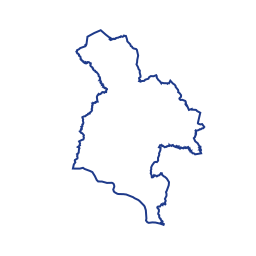 Plato, Magdalena, Colombia (Robinson projection), rotated 312°
{"feature_id": "7082276B24438345554060", "entity_name": "Plato", "entity_type": "district", "adm_level": 2, "iso_a3": "COL", "parent_name": "Colombia", "parent_adm1": "Magdalena", "projection": "robinson", "projection_center": [-74.591, 9.77], "detail": "fine", "context": "isolated", "style": "outline", "palette": "blue", "viewbox_px": 256, "rotation_deg": 312, "n_neighbors": 0, "source": "geoboundaries", "source_scale": "gbopen_adm2", "svg_char_len": 5849}
<svg xmlns="http://www.w3.org/2000/svg" viewBox="0 0 256 256"><g transform="rotate(312 128 128)"><path d="M79.8,219.2L80.6,218.9L80.5,217.5L80.0,215.8L81.7,216.0L81.7,214.4L81.9,213.4L82.4,212.9L82.2,212.1L82.7,210.7L84.1,209.6L84.2,208.2L84.7,207.6L86.8,206.7L88.1,205.4L88.2,203.6L88.7,202.8L89.8,202.9L91.0,204.3L93.7,203.9L93.9,205.3L95.5,204.7L96.1,206.8L96.4,206.8L97.6,205.2L99.1,204.8L100.0,202.9L103.3,202.0L104.8,200.7L105.8,199.1L107.0,198.9L112.7,196.6L115.2,194.7L116.4,190.6L116.4,188.1L116.0,186.8L116.1,184.6L117.0,183.4L116.5,182.8L115.8,183.5L115.6,182.8L113.9,182.9L112.8,182.1L111.9,182.1L111.2,181.6L111.3,180.9L110.9,179.9L110.4,179.6L110.2,180.1L110.3,178.9L109.7,179.0L109.4,179.6L107.9,179.4L107.3,178.7L108.7,177.1L109.6,175.1L110.7,174.7L111.7,173.3L112.8,173.0L114.2,171.6L116.4,170.9L120.1,170.5L121.2,171.1L122.0,172.3L123.9,172.2L126.0,170.2L126.8,170.0L126.7,169.5L126.9,169.9L129.0,169.2L129.8,168.1L133.0,167.0L134.7,165.8L135.0,165.5L134.4,163.9L136.8,163.4L137.3,164.8L137.6,164.7L137.5,165.1L137.8,165.1L137.8,165.7L138.1,165.8L138.3,168.2L139.1,168.5L139.7,169.2L140.6,169.2L141.0,169.7L141.5,169.8L142.2,170.6L142.8,170.2L142.7,170.6L143.3,170.8L143.8,172.3L144.3,172.1L145.4,172.7L145.1,174.1L145.6,175.7L145.9,175.6L146.0,176.3L146.9,176.2L146.8,176.7L147.2,176.5L147.5,177.0L147.3,177.2L147.6,177.4L147.2,177.9L147.5,178.0L147.1,178.2L147.5,178.5L147.1,178.7L147.4,180.3L148.6,180.3L148.4,180.8L149.2,181.0L149.7,182.4L150.5,182.5L150.4,183.0L151.3,183.2L151.5,183.8L152.0,183.5L152.2,184.7L152.6,184.7L153.0,185.4L153.4,185.2L153.5,185.7L154.1,185.7L153.9,186.6L153.2,186.9L153.3,187.8L152.9,187.8L152.7,188.3L153.1,188.5L152.8,189.1L153.2,188.9L152.8,189.6L153.0,189.8L152.7,189.8L152.9,190.7L152.4,192.9L153.0,193.5L153.4,194.6L153.3,195.5L158.0,199.2L158.2,198.5L158.6,198.5L159.3,196.5L159.8,197.2L160.3,197.1L160.5,196.4L160.2,196.0L160.6,196.1L160.5,194.9L160.9,194.5L161.3,194.7L161.3,194.3L161.6,194.5L161.6,194.2L162.3,194.1L162.1,193.8L162.4,193.6L162.3,192.9L163.3,190.0L163.1,186.9L164.5,183.7L166.2,183.8L166.6,183.4L167.6,183.3L167.8,182.9L169.0,182.7L169.3,182.4L169.1,181.9L169.6,181.5L170.2,181.6L170.9,180.8L171.1,180.0L171.6,179.9L171.9,180.8L173.7,181.9L175.2,182.2L175.6,182.9L177.3,183.3L178.2,184.1L179.8,184.0L180.5,180.4L179.3,179.6L178.6,178.4L178.2,176.9L178.6,176.5L187.7,171.5L186.8,168.0L187.0,166.7L186.8,166.2L184.3,163.1L184.8,162.6L182.2,161.2L184.1,157.0L183.7,156.9L184.0,155.2L184.5,155.3L184.9,154.3L185.3,154.4L186.3,153.0L186.4,152.4L185.3,149.5L184.0,148.3L183.9,147.2L184.4,146.4L186.7,146.5L187.9,145.5L188.4,143.1L188.2,141.3L188.9,141.0L189.8,139.7L190.4,135.9L191.0,135.4L191.4,133.7L191.1,131.5L191.5,127.8L188.7,128.6L188.1,127.8L187.4,127.7L187.5,127.2L185.3,124.7L184.1,122.5L183.5,122.7L184.1,120.2L184.0,118.4L184.7,115.6L185.8,114.6L186.1,113.6L183.6,112.4L181.8,110.2L179.8,109.7L178.3,110.2L175.5,108.5L173.9,108.5L172.0,106.7L170.9,106.4L170.3,104.9L171.8,104.6L171.9,103.5L172.5,102.8L174.3,103.1L175.1,102.5L176.9,99.7L178.6,98.3L178.9,96.4L179.9,94.8L181.0,91.7L182.6,91.0L184.8,89.3L188.6,87.1L192.0,82.3L192.1,81.2L190.8,78.8L190.7,77.6L191.1,76.5L190.8,75.2L191.7,73.7L191.9,69.6L193.3,67.8L195.0,64.8L194.1,63.8L194.0,63.2L192.9,63.3L191.9,62.7L191.7,61.7L191.3,61.3L190.4,61.4L190.0,60.8L188.4,60.2L187.9,59.6L186.4,58.7L185.8,59.0L185.0,58.4L184.7,57.6L184.0,57.4L183.4,56.0L182.7,56.1L182.5,56.6L181.8,56.3L181.6,55.0L183.1,54.2L182.8,53.4L182.5,49.0L182.4,42.3L176.1,39.4L168.7,36.8L162.6,41.0L162.1,41.2L162.1,40.9L161.2,40.7L160.2,41.6L155.4,39.0L153.8,38.9L151.8,38.1L151.5,38.4L150.4,38.5L150.4,39.1L149.8,39.4L149.5,40.5L150.0,41.4L149.6,42.2L149.7,42.6L148.9,43.2L149.2,44.8L148.0,46.4L147.6,46.5L147.7,47.0L147.3,47.6L147.6,47.9L147.2,48.9L147.6,49.8L147.5,50.5L147.2,50.7L147.5,51.3L147.2,51.9L147.4,52.6L147.8,52.8L147.9,53.6L148.6,53.7L148.9,53.1L149.3,54.2L150.1,54.0L150.7,54.8L150.9,56.2L150.7,56.6L151.1,57.1L150.7,57.5L149.4,58.0L149.0,59.0L149.2,61.1L148.8,61.5L148.9,62.2L148.4,62.4L148.1,63.6L148.2,64.7L148.6,65.3L148.0,66.4L148.5,67.1L148.0,70.4L146.9,71.5L147.0,72.7L146.3,74.0L145.4,74.3L145.2,75.0L144.5,75.0L144.9,75.5L144.5,76.1L144.5,76.7L143.4,77.0L143.2,77.5L143.1,78.3L143.5,78.5L143.2,79.3L143.4,79.8L143.1,79.9L143.3,80.0L142.9,80.4L143.1,80.8L142.8,80.9L142.7,81.7L142.1,81.9L142.4,82.2L141.9,82.8L142.4,83.7L142.1,84.1L142.3,84.4L142.8,84.8L142.7,85.9L142.9,86.2L142.7,86.5L141.6,86.5L140.2,87.6L139.9,87.1L139.6,87.3L139.0,86.7L138.3,86.7L138.1,85.5L137.6,85.0L136.9,84.8L135.9,85.1L135.0,84.6L134.6,84.7L133.5,84.0L133.6,83.4L132.9,83.4L132.3,83.7L131.7,83.5L130.2,84.1L127.7,87.0L127.3,87.8L125.9,86.6L125.5,87.0L124.8,86.9L124.6,86.3L123.7,86.0L123.4,85.4L123.1,85.7L122.4,85.1L122.2,85.8L120.9,86.2L120.9,86.6L119.6,87.1L119.1,87.9L117.7,88.3L117.3,89.3L116.0,89.7L113.9,89.4L113.5,89.7L113.3,89.4L112.8,89.7L111.8,88.8L110.8,89.1L109.7,88.4L108.3,88.5L107.5,87.7L105.6,86.8L105.2,87.1L104.4,88.9L103.3,89.5L102.0,91.4L100.6,92.0L100.0,91.7L98.8,92.9L97.7,92.5L97.5,93.2L96.8,93.5L96.9,93.9L96.3,94.3L96.0,94.0L95.6,94.3L95.3,94.0L94.0,94.8L93.3,94.5L93.0,96.5L93.5,97.5L93.1,100.1L91.8,100.7L91.2,101.8L89.6,102.5L88.0,101.6L85.3,100.6L84.6,102.6L83.3,103.2L83.0,103.9L80.3,103.4L80.7,105.0L80.3,105.6L79.5,105.7L76.6,107.9L74.5,107.6L74.4,108.4L73.0,109.0L72.6,110.0L71.5,110.8L68.7,110.0L68.0,110.4L67.3,111.8L64.7,112.1L61.0,114.2L65.6,119.4L68.3,121.2L68.5,123.1L70.6,128.4L71.4,131.0L70.1,135.5L68.4,139.6L68.3,141.6L70.8,144.5L73.1,149.1L76.5,152.7L76.8,153.5L76.8,154.8L76.1,156.1L75.2,157.1L72.4,158.2L71.4,159.9L71.3,160.9L71.9,163.8L72.4,164.9L75.8,168.9L77.4,171.2L80.0,178.1L80.2,179.8L81.4,183.8L81.5,185.6L81.1,191.6L80.8,192.9L78.8,196.3L73.1,202.2L71.3,203.3L70.9,205.4L71.4,206.9L74.2,209.3L76.2,211.8L78.5,216.0L79.8,219.2Z" fill="none" stroke="#1e3a8a" stroke-width="2"/></g></svg>